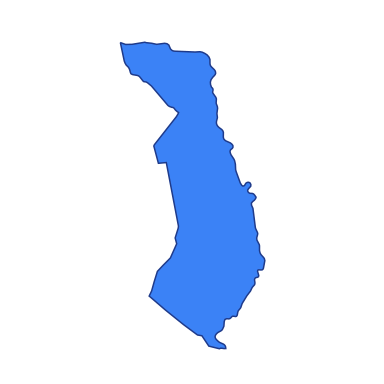 SVG path tracing the border of Saint-Louis, rotated 79°
{"feature_id": "SEN-5517", "entity_name": "Saint-Louis", "entity_type": "Region", "adm_level": 1, "iso_a3": "SEN", "parent_name": "Senegal", "parent_adm1": "", "projection": "albers", "projection_center": [-15.156, 16.165], "detail": "fine", "context": "isolated", "style": "filled", "palette": "blue", "viewbox_px": 384, "rotation_deg": 79, "n_neighbors": 0, "source": "natural_earth", "source_scale": "10m", "svg_char_len": 3092}
<svg xmlns="http://www.w3.org/2000/svg" viewBox="0 0 384 384"><g transform="rotate(79 192 192)"><path d="M212.1,132.6L213.0,134.3L214.2,135.8L216.3,136.1L219.7,135.3L238.9,136.6L240.2,136.5L244.1,135.5L245.2,135.4L246.2,135.7L249.3,137.2L250.6,137.4L251.8,137.4L256.5,136.0L257.7,136.0L262.3,136.9L263.5,136.9L264.7,136.8L265.9,136.5L267.0,136.0L270.0,134.2L271.1,133.7L273.3,133.6L280.4,136.4L281.3,137.0L281.8,137.9L281.7,139.2L281.1,141.4L281.3,142.3L282.4,142.8L286.7,142.4L287.8,142.9L288.2,143.8L288.3,145.9L288.9,146.8L290.1,147.4L292.8,147.5L294.1,147.8L295.0,148.3L296.9,150.8L297.8,151.6L300.4,153.5L304.3,157.9L311.0,164.0L314.8,166.2L315.5,166.9L317.5,169.3L318.5,169.9L320.8,170.8L321.8,171.3L322.5,172.1L322.6,172.9L321.9,174.8L321.7,175.8L321.9,176.5L323.0,178.0L323.5,179.0L323.6,180.0L323.0,182.1L323.4,184.0L325.4,185.1L329.8,186.3L330.7,186.9L332.5,188.2L333.3,189.0L333.8,190.0L334.8,193.2L335.4,194.3L336.1,195.3L337.0,196.2L338.0,196.8L339.0,197.0L339.9,196.9L340.8,196.6L342.6,195.5L344.4,194.1L345.2,193.2L347.2,190.3L348.0,189.5L349.0,188.9L350.0,188.6L351.0,188.6L352.1,188.7L351.9,190.2L351.2,192.2L350.8,193.7L351.1,195.0L346.5,204.9L335.0,209.7L333.4,213.9L320.7,225.5L302.8,240.6L286.0,253.9L281.4,250.5L272.8,246.2L263.3,241.1L258.4,234.3L252.6,225.8L239.9,216.9L233.9,217.3L224.8,212.4L222.9,211.8L158.2,211.6L157.4,219.5L139.6,220.7L138.4,219.9L115.2,193.1L112.8,190.9L111.4,190.0L110.7,190.8L110.3,191.2L108.4,192.6L106.2,193.7L105.8,194.1L105.4,194.5L105.0,195.7L103.8,197.7L103.0,198.6L102.3,199.2L80.9,211.2L80.3,211.5L76.3,214.8L75.5,215.7L75.2,216.1L75.0,216.7L74.6,217.9L74.3,218.5L73.7,218.9L68.9,221.4L67.7,222.4L67.0,223.8L65.5,227.7L65.0,228.5L64.2,229.4L62.6,229.7L60.8,229.8L58.9,230.1L57.3,230.7L54.8,232.4L52.7,233.1L50.5,233.5L32.2,233.8L31.9,233.4L34.5,229.0L35.6,222.6L36.0,209.7L36.7,208.4L38.3,203.2L40.3,198.5L40.8,190.5L41.7,188.2L43.3,186.7L47.5,185.8L49.2,184.6L50.0,183.4L50.5,182.0L55.2,162.2L55.8,157.5L56.7,155.3L58.3,153.1L60.3,151.0L62.8,149.6L65.3,149.1L69.1,149.8L70.3,149.9L71.6,149.7L72.8,149.1L76.1,146.8L77.4,146.2L78.7,146.0L80.2,146.2L81.2,146.9L82.0,147.8L83.4,149.8L85.3,151.8L87.6,153.0L90.1,153.3L92.8,152.9L93.6,152.3L94.4,151.9L95.2,151.8L96.2,152.0L97.6,152.6L98.3,152.7L99.2,152.5L103.7,150.5L105.3,150.3L109.2,151.3L110.1,151.3L112.9,150.8L114.7,150.9L119.8,152.6L123.5,152.8L124.4,153.1L127.1,154.4L128.9,154.9L130.6,154.8L132.3,154.2L133.8,153.2L136.3,150.9L137.7,150.1L139.4,149.8L144.2,150.8L145.9,150.7L147.2,150.0L148.3,149.0L151.1,145.0L152.5,143.8L154.1,143.0L155.8,143.2L156.9,144.1L157.5,145.3L158.3,146.4L159.7,147.0L161.3,146.9L162.9,146.6L167.7,144.6L169.4,144.2L173.0,144.1L178.4,144.9L180.2,144.8L192.3,142.9L194.7,142.0L195.4,141.5L195.9,140.9L195.9,140.0L195.6,139.2L193.7,137.5L193.1,135.9L193.3,134.4L194.3,133.2L195.9,132.8L197.5,133.2L198.5,134.4L199.4,135.7L200.6,136.9L201.4,137.1L202.2,137.1L203.0,136.7L203.7,136.2L204.3,135.5L204.5,134.7L204.9,133.1L205.6,132.0L206.8,131.2L209.3,130.1L210.6,130.8L212.0,132.4L212.1,132.6Z" fill="#3b82f6" stroke="#1e3a8a" stroke-width="1.5"/></g></svg>